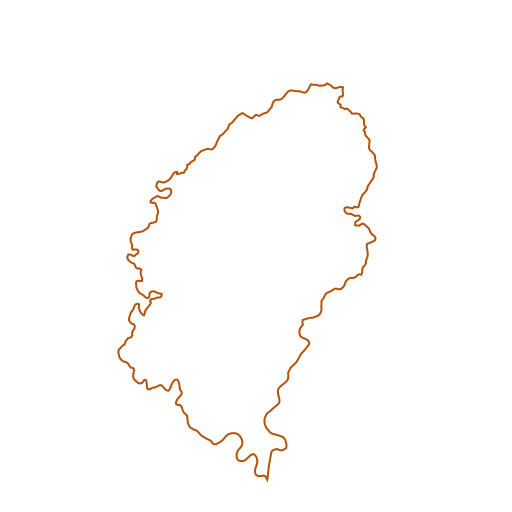 Pompéu, Minas Gerais, Brazil, rotated 210°
{"feature_id": "56859067B66149480204600", "entity_name": "Pompéu", "entity_type": "district", "adm_level": 2, "iso_a3": "BRA", "parent_name": "Brazil", "parent_adm1": "Minas Gerais", "projection": "natural_earth1", "projection_center": [-44.93, -19.146], "detail": "fine", "context": "isolated", "style": "outline", "palette": "amber", "viewbox_px": 512, "rotation_deg": 210, "n_neighbors": 0, "source": "geoboundaries", "source_scale": "gbopen_adm2", "svg_char_len": 6064}
<svg xmlns="http://www.w3.org/2000/svg" viewBox="0 0 512 512"><g transform="rotate(210 256 256)"><path d="M155.5,292.4L155.9,295.2L157.0,296.9L157.6,298.6L157.6,300.5L157.0,302.8L157.4,305.2L158.5,307.0L158.9,310.4L159.9,313.0L162.1,316.3L164.8,319.3L165.9,321.9L161.9,327.1L160.8,329.2L161.4,331.3L163.7,332.6L166.6,332.7L168.3,333.5L172.1,336.3L178.1,337.7L180.1,337.3L182.0,333.7L185.5,332.2L186.9,334.9L186.2,336.9L185.3,338.1L184.7,340.2L185.3,342.0L187.0,342.4L188.4,341.7L190.2,340.2L195.3,339.9L197.6,338.4L199.9,338.4L201.4,339.1L202.6,340.2L203.2,341.8L201.6,343.8L196.0,345.6L195.5,347.9L192.6,348.7L191.7,350.0L193.0,354.0L194.1,359.3L194.3,362.2L193.1,367.5L193.3,369.8L193.9,371.3L194.0,373.5L193.4,382.7L195.0,385.9L195.6,392.7L196.3,394.1L197.2,395.3L200.7,398.7L203.5,402.7L207.1,404.1L209.4,404.4L211.2,405.1L212.4,406.5L215.6,413.2L221.5,415.2L222.8,416.3L223.8,418.1L225.6,418.4L225.9,420.2L225.1,422.2L227.0,423.0L228.6,424.4L230.2,427.3L231.7,428.8L235.1,429.2L237.0,430.6L239.3,430.1L241.1,429.2L242.9,427.9L244.3,427.3L246.0,428.2L249.1,428.9L251.2,429.1L252.6,427.6L254.2,427.7L257.2,427.1L258.4,429.4L260.1,429.4L262.0,429.7L262.7,431.3L262.7,433.1L263.2,435.1L262.4,436.6L260.9,437.4L261.2,439.2L264.0,443.0L265.1,445.6L267.5,444.6L270.7,441.4L272.1,440.5L274.0,440.4L276.4,441.2L280.8,441.0L281.4,438.9L282.9,437.4L284.4,436.3L287.0,434.8L289.1,434.6L292.4,432.7L294.0,432.4L294.3,430.7L294.0,426.7L294.2,424.3L295.1,422.0L296.8,421.2L300.4,420.5L304.2,418.6L308.7,416.9L310.6,414.2L311.7,407.1L312.3,405.0L313.9,402.9L315.6,402.1L317.2,400.7L318.0,398.5L317.9,396.6L317.0,393.2L317.8,387.4L318.7,385.1L320.4,383.5L321.6,381.9L322.4,380.0L323.9,378.6L325.3,378.6L326.7,378.1L328.2,373.3L330.7,372.8L332.8,372.7L339.2,373.0L340.2,371.5L342.0,367.7L343.3,359.9L344.9,356.2L344.0,352.0L344.6,350.1L345.7,344.8L347.3,341.6L346.8,334.9L346.3,332.7L346.4,328.8L347.5,326.3L349.0,325.4L351.0,325.0L352.8,323.3L355.8,319.6L356.9,316.3L357.2,313.8L358.3,311.6L357.2,308.9L358.2,306.6L359.4,304.8L359.6,302.3L361.1,300.7L360.2,298.8L359.7,296.9L360.3,294.4L360.1,291.9L362.0,290.9L363.3,289.0L365.5,287.6L366.5,289.3L368.4,287.6L368.7,285.3L368.9,280.5L369.5,278.0L372.6,273.4L377.3,272.1L378.2,270.4L377.9,268.5L377.2,266.4L373.7,264.8L371.5,264.2L369.8,265.7L368.7,267.7L367.3,269.6L365.4,270.8L363.9,271.2L362.3,270.4L361.2,268.5L360.8,266.3L361.4,263.8L362.0,262.2L363.2,260.9L365.7,260.0L367.5,259.0L371.2,258.9L373.4,255.4L374.3,253.4L374.8,251.3L374.1,249.7L372.0,250.3L370.6,251.5L369.0,251.0L364.4,247.1L362.8,245.4L362.1,243.2L361.8,241.0L360.0,237.7L359.8,235.5L361.7,233.4L363.3,232.1L364.3,230.7L363.6,226.8L364.2,225.2L366.5,220.6L371.7,216.3L373.2,214.7L374.2,212.8L373.2,208.1L372.0,206.2L368.9,203.7L367.2,200.8L365.9,199.9L363.2,201.7L361.4,202.1L360.0,201.2L359.6,199.3L360.7,197.4L361.3,195.2L362.9,194.5L364.9,194.6L367.3,193.6L367.0,190.8L365.8,189.4L364.4,188.6L361.4,188.0L357.3,188.3L354.3,186.0L352.4,185.8L350.7,187.0L348.5,186.8L347.6,183.9L346.3,182.2L343.1,179.4L342.2,177.4L344.0,176.3L345.8,175.6L346.8,174.4L346.5,172.8L343.9,168.9L341.1,166.9L339.7,166.1L338.1,165.7L333.7,165.7L331.5,165.0L329.3,165.1L328.1,166.3L328.5,168.5L329.6,170.6L329.0,172.6L327.3,174.2L325.3,174.6L322.0,174.8L320.2,175.6L318.6,175.9L317.8,173.8L318.5,172.0L320.7,170.7L322.9,167.9L325.2,166.5L325.3,164.0L323.7,163.2L323.5,161.2L324.2,157.1L324.5,153.0L323.8,150.8L323.4,148.6L324.7,148.4L327.8,149.6L329.7,150.8L331.7,152.5L332.3,154.5L333.3,155.8L334.8,155.4L336.3,153.5L336.2,151.3L335.7,149.4L335.7,146.4L336.2,144.5L334.7,138.3L333.8,136.8L331.8,135.7L329.5,135.3L327.6,135.8L325.9,134.7L325.1,132.8L325.2,130.3L325.0,127.5L323.4,125.6L323.5,123.2L325.7,120.8L326.1,118.6L326.4,116.7L325.7,115.1L325.7,113.2L326.7,111.7L328.0,106.2L327.1,103.7L324.1,100.5L322.7,99.5L321.3,98.9L318.4,98.4L314.9,99.2L312.8,98.8L310.4,97.4L308.6,96.8L306.3,97.5L304.7,96.7L302.6,90.9L301.1,89.1L299.8,88.2L294.7,87.1L292.5,87.7L291.1,89.2L290.8,92.8L289.2,93.4L287.6,92.0L284.3,87.2L282.8,86.6L281.1,87.7L280.3,89.3L279.2,90.6L277.7,91.8L274.8,96.0L273.1,96.8L267.0,94.9L264.6,95.4L264.1,97.7L265.0,103.8L264.8,106.4L264.1,108.4L262.6,109.5L261.1,109.2L258.5,106.8L255.5,102.8L254.3,101.9L252.9,101.3L251.8,100.4L251.4,98.4L252.4,93.1L252.4,90.8L252.1,89.1L250.9,87.7L249.1,88.0L247.8,88.8L246.3,88.7L244.7,87.9L241.8,85.3L240.2,84.3L237.0,83.6L235.6,83.0L231.7,77.5L228.9,75.4L227.2,74.6L222.6,74.6L220.5,75.2L217.0,74.4L214.5,73.4L212.3,73.1L208.8,73.0L202.6,73.4L199.2,71.8L197.9,72.1L196.5,73.2L194.3,76.4L192.7,80.3L192.1,84.3L191.6,86.1L190.8,87.8L189.7,89.2L187.3,91.2L184.2,92.5L182.2,92.6L179.2,91.7L177.6,90.7L175.9,89.4L174.5,87.7L173.6,85.6L173.6,83.1L174.3,79.0L174.2,76.0L173.0,73.3L171.4,71.3L169.7,70.3L168.3,70.4L166.8,70.8L164.6,72.0L163.3,73.8L161.2,80.3L160.4,81.8L159.2,83.2L156.9,83.0L154.5,81.6L152.5,79.4L151.5,77.4L150.2,71.4L149.3,69.0L147.7,67.1L146.1,66.4L143.8,66.6L141.8,67.8L139.5,69.8L137.8,69.9L134.4,67.9L135.3,70.4L139.8,80.3L144.7,94.1L144.4,95.8L143.2,97.6L141.5,99.3L138.7,99.7L136.7,100.5L135.5,101.7L133.8,104.8L134.6,106.7L136.0,108.7L138.5,111.2L141.8,112.7L146.9,111.9L153.1,110.3L155.2,110.2L159.1,111.6L161.2,112.4L164.1,114.5L165.3,115.9L167.1,119.0L167.6,121.1L167.8,124.8L165.8,129.8L165.5,131.4L164.8,133.3L163.2,137.4L162.6,139.8L162.9,141.7L163.9,143.4L167.9,147.6L169.0,149.2L169.8,150.7L170.2,152.8L169.7,155.3L167.6,160.6L166.9,162.9L166.7,165.3L167.8,167.9L169.9,171.3L170.1,177.0L168.1,183.4L167.9,184.9L168.0,193.7L166.6,200.3L165.9,205.8L166.7,207.7L168.2,208.6L169.6,209.1L175.2,208.5L176.6,208.5L178.2,209.2L180.6,212.0L181.3,213.5L181.5,216.1L181.1,220.1L182.8,221.9L183.7,223.8L178.9,229.0L175.9,231.0L172.2,235.6L171.7,238.0L171.9,240.8L173.1,243.4L174.2,245.0L175.7,248.0L176.8,249.5L176.4,254.5L176.8,256.8L176.3,259.2L173.4,263.2L172.2,265.7L170.7,267.7L167.2,268.8L166.0,269.9L165.3,271.6L164.8,273.7L165.0,276.2L165.5,278.1L165.4,279.7L164.9,281.6L164.0,283.5L160.3,286.1L159.0,287.9L158.6,290.4L157.6,291.7L155.5,292.4Z" fill="none" stroke="#b45309" stroke-width="2"/></g></svg>